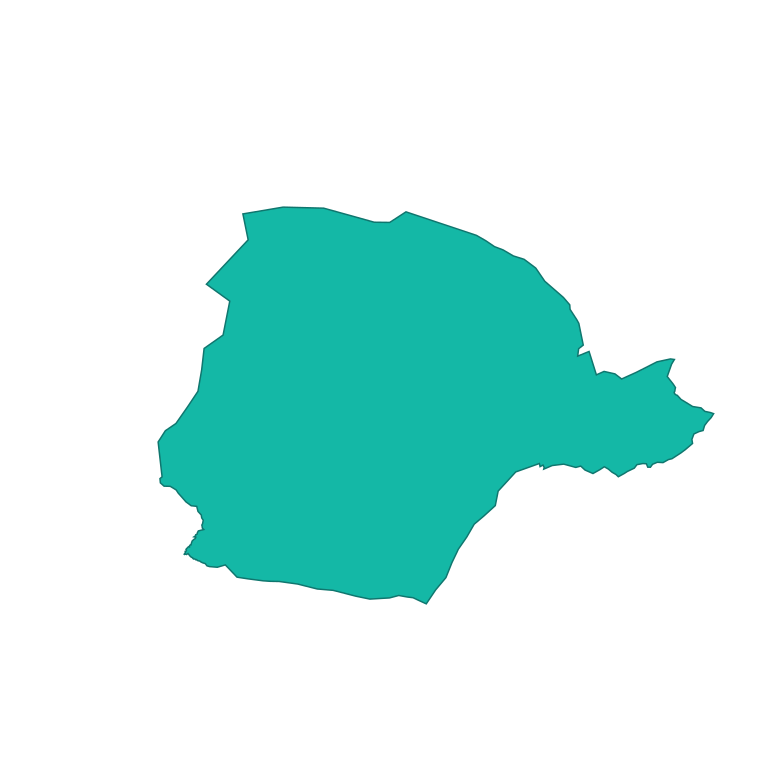 the district of Moro, Kwara, Nigeria, rotated 57°
{"feature_id": "59680162B98306169506823", "entity_name": "Moro", "entity_type": "district", "adm_level": 2, "iso_a3": "NGA", "parent_name": "Nigeria", "parent_adm1": "Kwara", "projection": "equal_earth", "projection_center": [4.676, 8.847], "detail": "fine", "context": "isolated", "style": "filled", "palette": "teal", "viewbox_px": 768, "rotation_deg": 57, "n_neighbors": 0, "source": "geoboundaries", "source_scale": "gbopen_adm2", "svg_char_len": 2738}
<svg xmlns="http://www.w3.org/2000/svg" viewBox="0 0 768 768"><g transform="rotate(57 384 384)"><path d="M251.6,271.8L251.6,291.2L243.0,304.1L225.5,319.5L203.7,338.8L180.7,372.3L164.5,409.7L189.1,419.4L203.6,478.6L230.5,468.2L255.3,492.3L256.2,515.5L272.7,529.1L288.8,544.0L296.2,561.2L303.8,580.0L304.1,592.8L309.6,605.0L337.2,618.8L339.3,619.8L341.0,620.7L341.3,623.4L345.1,625.4L349.9,624.1L353.4,619.0L356.9,617.3L359.7,616.0L363.5,616.0L368.6,615.2L375.0,614.3L381.1,612.0L384.6,607.7L389.6,609.4L394.3,608.6L397.0,609.8L397.8,609.8L398.8,609.8L399.8,609.8L402.3,612.2L403.1,613.6L404.7,614.2L405.8,614.8L407.9,614.4L406.8,617.6L406.1,619.7L407.0,621.4L408.1,622.5L407.9,624.1L408.7,624.9L408.7,626.6L410.0,625.3L410.8,626.5L410.8,628.4L411.2,630.4L412.6,632.2L413.8,633.5L413.4,634.0L413.8,635.3L414.7,635.9L414.0,636.7L414.4,638.5L414.8,640.1L415.8,640.2L416.4,641.1L416.1,641.9L417.2,642.4L417.9,644.3L418.3,644.2L418.6,643.1L419.5,642.4L419.4,640.7L421.2,640.5L422.6,640.4L424.2,640.0L425.0,639.5L425.6,639.1L426.2,639.3L427.1,639.0L427.4,638.3L428.1,637.8L428.9,637.6L429.2,636.8L430.2,636.7L431.1,636.1L431.9,635.1L433.7,634.4L435.3,633.4L437.3,631.7L440.1,631.5L442.1,629.8L446.9,623.6L449.3,615.6L465.9,612.5L467.2,611.1L473.5,604.0L483.2,592.6L487.5,586.9L492.5,579.5L504.8,565.3L509.9,560.6L519.6,551.6L520.9,549.9L529.3,539.1L546.6,523.2L556.7,513.0L559.6,507.9L562.2,503.3L566.4,495.9L569.4,486.8L575.3,480.5L579.1,476.0L584.6,472.6L591.4,468.3L584.8,452.8L580.1,437.5L570.8,424.3L564.4,413.8L563.1,411.8L559.3,402.5L557.4,397.9L550.7,384.7L549.9,378.4L549.1,372.1L546.6,356.9L536.0,346.6L529.5,321.4L535.3,297.0L538.3,298.1L538.6,294.8L541.2,295.1L542.4,296.4L544.0,287.3L549.1,276.9L558.4,268.6L560.0,263.7L565.6,262.3L572.9,257.5L573.4,249.8L573.4,244.3L577.5,242.2L582.2,240.8L586.3,238.7L589.4,238.0L589.9,231.1L589.9,227.6L590.9,219.9L589.4,215.8L591.7,210.2L593.8,207.4L597.4,208.1L598.9,205.9L597.6,202.5L598.5,197.4L601.9,192.8L602.3,186.6L603.5,183.2L603.5,178.6L603.5,172.4L603.1,166.7L601.9,157.6L598.1,155.9L594.7,151.3L595.5,145.7L596.8,141.7L593.4,137.7L591.7,133.1L590.4,128.0L588.4,123.7L585.7,125.8L581.7,129.8L576.7,131.1L571.0,137.4L558.7,143.3L553.2,144.2L552.6,144.8L551.4,145.3L550.5,145.5L549.5,145.4L548.9,145.1L548.7,144.4L548.3,143.9L546.8,142.6L545.8,141.5L544.7,141.5L541.7,141.5L532.0,142.4L524.0,132.0L521.6,127.1L519.0,130.1L514.1,143.0L511.6,166.3L509.2,182.0L501.3,184.8L493.3,192.6L492.0,200.9L468.4,194.3L466.1,206.4L460.4,201.5L459.9,195.7L439.3,187.6L435.2,187.3L422.8,187.3L421.3,186.5L418.8,185.1L409.1,186.4L385.4,193.2L369.4,193.6L355.7,198.6L347.0,205.8L336.4,211.1L329.0,216.5L319.3,220.6L309.7,225.5L251.6,271.8Z" fill="#14b8a6" stroke="#0f766e" stroke-width="1.5"/></g></svg>